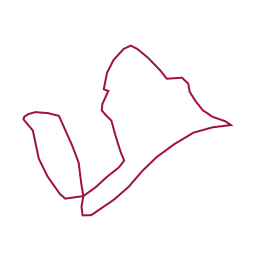 outline of Brunei, rotated 172°
{"feature_id": "BRN", "entity_name": "Brunei", "entity_type": "country or territory", "adm_level": 0, "iso_a3": "BRN", "parent_name": "Asia", "parent_adm1": "", "projection": "albers", "projection_center": [114.782, 4.523], "detail": "fine", "context": "isolated", "style": "outline", "palette": "rose", "viewbox_px": 256, "rotation_deg": 172, "n_neighbors": 0, "source": "natural_earth", "source_scale": "50m", "svg_char_len": 806}
<svg xmlns="http://www.w3.org/2000/svg" viewBox="0 0 256 256"><g transform="rotate(172 128 128)"><path d="M181.7,66.8L168.4,73.8L155.4,82.7L142.4,90.3L136.3,96.3L138.5,104.7L141.6,123.1L143.4,137.6L147.9,143.4L151.5,149.1L150.0,155.4L142.3,167.4L146.6,169.7L141.1,185.6L132.8,197.4L121.3,206.9L113.9,209.2L107.9,205.1L98.3,194.6L87.7,180.0L82.8,171.4L67.6,170.3L62.2,163.6L61.9,155.4L57.6,145.7L51.6,135.3L42.7,127.3L30.7,121.1L25.7,116.6L44.1,116.9L63.8,114.3L84.1,105.7L103.6,95.3L120.0,83.3L135.4,69.8L151.5,59.2L176.6,46.8L185.1,47.8L185.0,56.6L181.7,66.8ZM200.0,66.8L204.6,72.1L214.3,91.0L220.6,110.0L222.6,138.8L230.3,151.1L229.1,153.6L224.5,155.7L217.4,156.6L205.0,153.8L194.7,149.6L185.7,118.3L181.7,100.7L182.0,79.6L181.7,66.8L200.0,66.8Z" fill="none" stroke="#9f1239" stroke-width="2"/></g></svg>